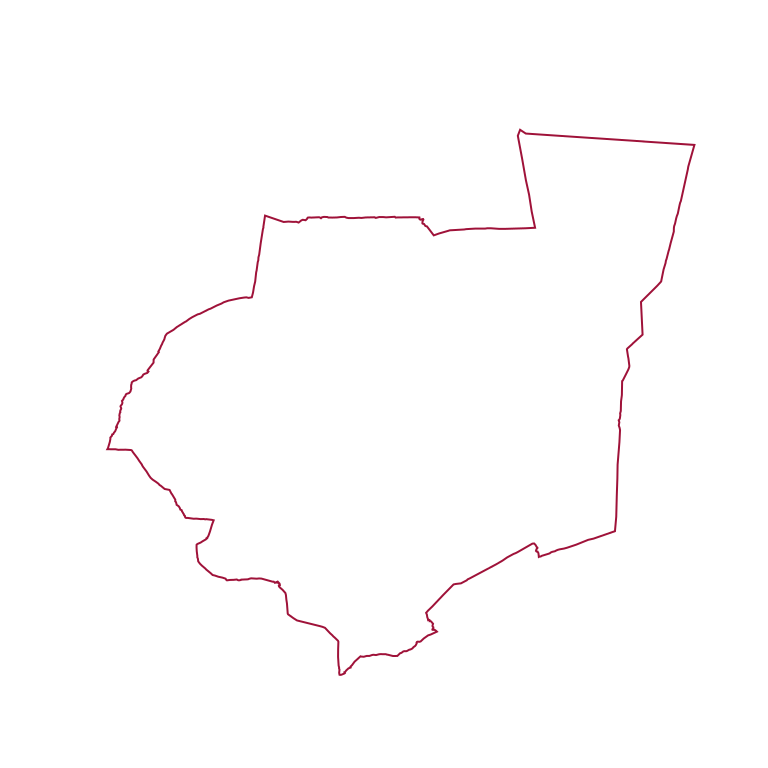 Darova, Timis, Romania (Equal Earth projection), rotated 11°
{"feature_id": "2599482B42801620719721", "entity_name": "Darova", "entity_type": "district", "adm_level": 2, "iso_a3": "ROU", "parent_name": "Romania", "parent_adm1": "Timis", "projection": "equal_earth", "projection_center": [21.73, 45.612], "detail": "fine", "context": "isolated", "style": "outline", "palette": "rose", "viewbox_px": 768, "rotation_deg": 11, "n_neighbors": 0, "source": "geoboundaries", "source_scale": "gbopen_adm2", "svg_char_len": 6164}
<svg xmlns="http://www.w3.org/2000/svg" viewBox="0 0 768 768"><g transform="rotate(11 384 384)"><path d="M395.8,677.9L396.6,677.9L397.7,677.5L400.4,675.7L400.7,675.3L400.2,674.8L400.1,674.5L400.8,674.1L401.5,672.5L403.4,669.9L405.3,668.7L405.0,668.3L405.0,667.9L406.2,666.2L408.1,662.2L412.9,655.8L413.7,655.9L416.2,655.6L419.0,654.2L421.6,653.7L424.2,652.2L425.4,651.8L427.9,651.6L430.6,650.3L431.8,649.9L437.4,648.9L438.7,649.1L439.3,649.0L444.7,649.3L449.0,648.4L451.2,645.2L452.4,644.6L454.0,642.8L455.2,642.3L456.7,642.1L457.5,641.7L459.5,640.0L460.7,639.5L462.3,638.2L463.2,636.6L464.4,635.4L465.0,634.4L465.6,632.3L465.3,631.7L465.5,631.0L466.2,630.5L468.0,630.3L469.1,629.7L471.6,626.2L475.3,622.3L477.5,621.1L483.2,617.0L482.3,616.4L480.7,615.7L478.5,616.0L478.3,615.6L478.4,615.3L478.9,614.7L479.1,614.2L478.8,613.3L478.3,613.1L477.9,612.6L477.7,611.8L477.9,610.0L475.5,608.1L474.5,607.8L474.1,608.0L473.9,607.3L473.7,607.0L473.1,606.9L472.4,607.4L472.2,607.1L472.0,606.3L471.0,604.7L470.1,602.2L469.0,600.6L470.5,598.0L474.0,593.0L482.1,580.2L490.5,567.5L492.6,566.6L497.6,565.0L498.2,564.5L502.7,560.9L503.4,559.8L505.2,558.5L528.4,539.7L534.0,534.8L538.0,530.7L543.6,526.1L545.5,524.9L547.4,523.4L560.1,512.4L561.8,511.9L563.5,513.1L565.0,514.9L565.8,515.3L565.9,515.8L565.3,516.8L565.1,517.8L565.0,518.8L565.8,519.4L566.7,519.2L567.8,520.5L568.3,521.9L569.0,524.2L569.7,523.7L570.7,523.5L571.6,522.6L577.8,519.3L579.0,518.6L579.8,517.6L581.1,516.7L583.8,515.5L584.9,514.5L586.5,513.5L588.2,512.7L592.1,511.2L595.1,509.7L603.4,505.0L614.2,498.0L619.2,495.8L638.8,484.4L637.3,470.0L633.8,449.1L631.1,432.2L628.7,418.6L626.2,396.2L624.5,384.2L623.6,382.0L622.4,380.0L622.3,376.6L621.3,374.8L621.9,373.9L622.1,372.5L621.9,369.4L621.4,367.8L621.6,365.3L620.0,355.8L619.7,350.7L619.6,349.4L617.2,335.7L617.7,335.1L619.6,328.5L621.1,323.1L621.5,320.7L621.4,319.4L619.0,312.1L618.4,310.7L615.8,303.5L616.2,302.6L620.0,297.6L620.6,296.6L628.4,286.2L620.6,254.4L633.5,235.4L636.5,230.5L636.6,218.2L637.3,211.6L637.2,209.0L637.5,207.6L638.0,199.0L638.2,197.7L638.5,191.0L639.4,179.1L638.8,175.6L638.7,173.7L639.1,171.0L639.2,165.8L639.4,163.4L639.9,160.7L640.0,151.9L640.1,149.7L640.5,147.7L641.3,115.4L641.2,112.6L643.1,90.1L475.4,111.1L469.1,108.5L468.0,114.8L476.8,137.0L484.5,157.1L490.3,170.5L496.1,186.6L502.5,201.8L493.3,204.1L473.3,208.6L467.0,209.8L459.5,210.7L455.7,211.4L453.8,212.1L444.5,213.9L435.1,216.3L433.3,217.0L421.2,220.1L419.2,220.6L418.0,221.3L409.4,225.7L404.5,228.6L396.1,221.1L394.5,221.0L392.8,219.3L391.3,219.2L391.0,218.9L390.8,217.2L391.3,215.1L390.9,214.6L390.0,214.9L388.9,215.7L388.1,215.7L387.2,215.1L387.0,214.5L387.3,213.9L387.8,213.6L382.0,214.5L365.5,217.9L363.6,218.4L362.7,217.8L354.3,220.0L351.2,220.3L347.5,221.0L344.3,222.5L343.8,222.5L343.1,222.1L334.3,224.0L330.2,225.3L327.6,225.6L322.2,227.0L317.4,227.9L315.3,227.9L313.6,227.4L309.8,228.3L306.0,229.5L301.5,230.5L297.5,231.2L296.7,230.9L293.2,231.4L291.3,232.2L290.5,233.3L289.4,232.8L288.4,232.7L281.0,234.5L279.3,234.7L277.6,235.1L277.2,235.6L277.0,236.5L275.8,238.2L272.9,238.3L271.6,239.2L269.4,241.8L267.0,241.5L263.9,242.2L259.2,242.8L254.6,244.1L235.1,241.4L235.6,252.8L235.8,253.5L235.6,255.0L236.1,269.3L236.8,280.8L236.6,283.6L237.0,286.6L236.8,288.4L237.3,297.0L237.2,298.6L238.0,308.0L237.8,312.8L238.0,319.2L237.7,324.1L234.7,325.3L232.3,325.2L230.0,325.9L225.8,327.4L215.5,331.8L211.0,334.4L209.2,336.0L204.8,338.9L199.3,343.2L197.7,344.1L189.9,350.2L187.8,351.2L183.0,355.0L180.4,357.4L177.8,360.3L176.5,361.3L169.7,367.7L167.0,371.0L161.3,376.0L160.2,378.3L159.9,380.7L159.9,381.7L159.5,383.3L158.8,385.4L158.5,387.2L157.9,389.0L157.3,392.1L156.3,395.2L156.9,395.7L153.2,403.9L153.7,407.0L149.4,415.5L149.3,416.2L150.4,416.7L150.2,417.2L149.5,418.3L147.1,419.7L145.9,420.7L145.3,422.4L144.5,423.7L141.7,425.5L140.0,427.5L138.3,428.3L137.2,429.2L136.5,429.9L136.1,430.7L136.2,431.9L136.0,433.2L136.4,435.6L136.8,436.7L136.5,439.8L135.6,441.4L135.2,441.7L133.2,442.8L132.6,443.5L132.4,445.1L131.7,446.2L131.4,447.0L131.1,448.0L131.0,449.0L130.0,450.6L130.7,451.9L130.8,452.9L130.6,454.1L129.7,455.6L129.6,456.3L130.7,458.0L130.7,458.7L130.5,459.2L130.2,460.9L130.2,461.2L130.6,461.9L130.2,463.1L130.2,465.3L130.8,466.9L130.8,468.9L131.3,470.2L131.3,470.7L130.7,471.8L129.2,477.5L129.4,477.7L130.0,477.0L130.2,477.5L129.8,478.3L129.1,481.7L128.2,483.3L127.8,484.8L126.8,485.4L126.8,486.7L125.6,488.8L125.9,490.2L125.9,493.3L125.3,499.5L124.9,500.8L132.9,499.3L135.6,499.3L142.8,497.8L148.2,497.1L149.1,497.3L150.6,498.9L156.1,503.8L158.6,506.4L161.8,509.4L162.0,509.9L163.4,511.4L167.6,515.2L170.8,518.7L172.8,520.6L175.1,522.0L178.9,523.6L181.6,524.9L183.1,526.1L184.0,526.3L188.7,528.9L193.7,528.9L196.3,532.2L196.8,532.5L201.2,537.4L201.5,539.1L202.3,539.6L203.1,541.2L203.5,542.2L204.3,542.5L205.8,543.2L207.0,544.4L208.1,546.2L209.4,546.4L209.6,546.6L210.0,547.6L211.0,548.5L211.7,549.5L212.2,549.8L212.9,551.1L213.6,551.3L214.3,552.8L214.7,553.1L215.4,553.2L217.0,552.9L222.6,552.6L226.1,551.9L229.9,551.6L233.0,550.9L234.3,551.0L235.2,550.6L240.9,550.2L242.8,550.3L242.0,554.9L241.3,562.1L240.6,566.6L240.0,568.1L240.0,568.9L239.7,569.3L239.3,569.1L239.1,569.3L239.2,569.7L238.8,570.5L235.8,573.1L234.3,574.6L231.3,576.7L230.7,577.6L231.2,580.3L232.1,583.9L233.6,588.5L233.8,589.7L234.6,590.9L235.5,593.6L237.6,595.5L240.0,597.1L244.1,599.4L244.6,599.9L250.0,602.8L252.2,604.2L254.6,604.3L258.1,604.8L262.4,604.9L264.7,605.2L265.6,605.3L266.5,606.3L267.3,606.7L270.3,605.7L273.5,605.0L276.8,604.0L278.0,604.4L279.1,604.4L280.9,603.7L281.1,603.3L287.7,601.7L289.1,600.8L290.7,600.1L296.2,599.4L298.5,598.7L300.8,598.4L312.3,599.3L313.5,599.1L314.9,600.0L316.1,599.0L316.6,599.3L317.4,598.3L319.2,599.6L318.8,600.0L320.0,600.8L320.2,601.4L319.3,602.2L319.6,602.8L320.6,603.6L323.7,605.4L327.1,608.0L328.0,609.9L329.3,614.3L330.6,617.9L333.3,627.7L333.8,628.4L339.9,631.2L343.7,632.7L367.1,633.9L369.8,634.1L372.6,634.6L378.7,639.0L381.2,640.5L382.5,641.5L383.8,642.2L387.8,644.8L388.4,645.7L389.6,653.2L391.0,660.7L393.2,669.1L394.0,670.8L394.2,671.9L394.8,672.9L395.1,676.1L395.8,677.9Z" fill="none" stroke="#9f1239" stroke-width="2"/></g></svg>